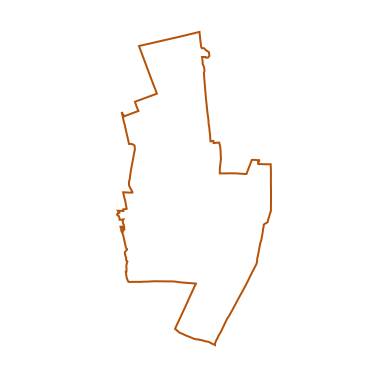 Botosesti-Paia, Dolj, Romania (orthographic projection), rotated 257°
{"feature_id": "2599482B11798370536777", "entity_name": "Botosesti-Paia", "entity_type": "district", "adm_level": 2, "iso_a3": "ROU", "parent_name": "Romania", "parent_adm1": "Dolj", "projection": "orthographic", "projection_center": [23.228, 44.408], "detail": "fine", "context": "isolated", "style": "outline", "palette": "amber", "viewbox_px": 384, "rotation_deg": 257, "n_neighbors": 0, "source": "geoboundaries", "source_scale": "gbopen_adm2", "svg_char_len": 5987}
<svg xmlns="http://www.w3.org/2000/svg" viewBox="0 0 384 384"><g transform="rotate(257 192 192)"><path d="M346.3,235.3L346.1,215.0L346.2,173.2L323.9,176.1L302.6,178.9L301.4,179.2L295.7,179.9L292.8,156.7L289.8,157.0L286.7,157.4L283.0,158.0L281.3,145.2L281.2,144.5L281.1,144.0L281.0,143.3L280.9,142.8L281.8,142.9L284.0,141.8L284.3,141.9L284.7,141.9L285.0,141.7L285.7,141.4L283.5,141.5L280.6,141.5L278.8,141.4L277.2,141.4L275.2,141.4L271.7,141.6L269.7,141.5L264.0,141.5L259.0,141.5L255.4,141.5L254.1,141.4L252.9,141.5L252.7,142.9L252.3,143.9L251.8,144.8L251.4,145.5L250.1,146.5L246.3,145.9L244.3,145.0L236.6,141.6L234.3,140.6L227.0,137.4L223.8,136.2L218.4,134.1L217.4,133.6L216.2,132.9L215.6,132.7L215.0,132.6L213.4,132.3L212.2,132.2L210.9,132.5L208.3,133.1L206.5,133.6L204.5,134.3L204.6,134.2L207.2,124.9L206.3,124.8L203.8,124.8L201.5,124.8L198.9,124.9L197.8,125.0L197.0,124.9L194.8,124.7L194.2,124.7L193.8,124.7L192.9,124.7L191.7,124.6L190.3,124.6L190.2,124.4L190.5,120.9L189.0,120.8L190.4,115.6L189.7,115.9L189.1,115.8L188.8,115.6L188.6,115.6L188.4,116.2L188.4,116.4L188.3,116.6L188.2,116.6L188.2,116.3L188.3,116.0L188.3,115.7L188.2,115.3L188.1,115.2L187.9,115.2L187.7,115.2L187.4,114.4L186.9,114.0L186.4,114.0L185.8,114.3L185.5,114.9L184.9,115.2L184.1,115.4L183.1,115.4L181.8,115.4L181.3,115.2L181.1,116.3L181.0,116.7L180.8,117.9L180.7,119.0L180.4,118.7L179.0,117.8L178.0,117.8L177.0,117.8L176.1,117.9L175.4,118.1L174.5,118.1L173.5,118.0L173.8,117.2L174.0,116.2L174.2,114.5L172.9,114.6L172.6,117.9L170.6,117.6L170.7,114.4L169.2,114.6L169.2,115.1L169.1,115.7L168.8,115.8L168.3,115.1L167.7,114.9L166.1,115.1L165.0,115.2L163.9,115.2L163.2,115.2L162.8,115.2L162.3,115.2L161.7,115.2L160.5,115.2L159.8,115.1L159.6,115.2L159.2,115.2L158.8,115.2L158.3,115.2L157.8,115.1L157.3,115.1L156.8,115.1L156.5,115.1L156.0,115.2L155.8,115.2L155.4,115.2L154.8,115.1L154.2,115.1L153.5,115.1L152.8,115.1L152.3,115.2L151.9,115.4L151.4,115.7L151.0,115.9L150.7,115.8L150.2,115.4L149.7,114.6L149.3,114.0L148.8,113.5L148.6,113.2L148.1,113.0L147.5,112.9L146.7,112.7L145.9,112.7L145.5,112.7L145.1,112.8L144.7,112.8L144.2,112.8L143.8,112.8L143.3,113.0L142.8,113.1L142.6,113.0L142.4,112.9L142.0,112.8L141.3,112.7L140.9,112.7L140.5,112.6L140.2,112.7L139.9,112.8L139.6,112.9L139.4,113.1L139.1,113.3L138.9,113.4L138.7,113.4L138.6,113.2L138.4,113.0L138.1,112.7L137.7,112.6L137.2,112.5L136.9,112.4L136.6,112.2L136.2,111.9L134.9,111.5L134.1,111.3L133.2,111.1L132.6,111.0L131.8,110.9L131.1,110.7L130.4,110.6L129.5,110.3L129.0,110.1L129.0,109.8L129.1,109.5L128.0,109.4L127.6,109.4L126.9,109.4L126.4,109.3L125.3,109.2L124.8,109.2L124.1,109.1L123.4,109.1L122.7,109.1L122.3,109.2L121.8,109.2L121.5,109.2L121.1,109.3L120.8,109.4L120.5,109.5L120.3,109.5L119.9,109.6L119.6,109.6L119.4,109.6L119.2,109.7L118.9,109.8L118.7,110.0L118.6,110.3L118.5,110.5L118.5,110.9L118.4,111.4L118.2,112.1L118.0,112.8L117.8,113.9L117.6,114.6L117.5,115.2L117.3,115.9L117.2,116.5L117.0,117.3L116.8,118.1L116.7,118.8L116.5,119.4L116.4,119.9L116.2,120.5L116.1,120.9L116.1,121.2L116.0,121.6L115.9,122.3L115.9,122.8L115.7,123.3L115.6,124.1L115.5,124.7L115.2,125.9L115.1,126.5L115.0,126.9L114.9,127.4L114.8,127.7L114.8,127.8L113.7,134.4L108.9,154.3L106.0,162.1L104.1,168.2L101.9,175.2L101.6,175.1L100.7,174.3L98.6,172.6L96.5,171.0L95.2,170.0L93.0,168.3L91.1,166.8L89.1,165.3L87.4,164.0L85.5,162.6L84.0,161.4L81.8,159.8L79.8,158.2L77.8,156.6L76.1,155.3L74.4,154.0L72.4,152.4L70.6,151.0L69.0,149.8L67.9,148.9L67.1,148.3L66.0,147.4L64.6,146.3L63.5,145.5L62.5,144.7L61.6,145.4L60.3,146.3L58.9,147.4L58.2,147.8L57.8,148.2L57.1,149.2L56.4,150.1L56.0,150.7L55.5,151.4L54.7,152.3L54.1,153.1L53.5,153.9L53.1,154.4L52.8,154.9L52.4,155.5L51.9,156.2L51.1,157.4L50.4,158.4L50.0,159.0L49.5,159.6L48.9,160.3L48.4,161.2L48.0,162.2L47.7,162.6L47.3,163.4L47.1,164.0L47.0,164.5L47.0,165.0L46.9,165.4L46.4,165.9L46.1,166.3L46.0,166.8L45.6,167.7L45.5,168.1L45.1,168.9L44.7,169.6L44.3,170.1L44.0,170.5L43.8,170.9L43.7,171.1L43.4,171.7L43.1,172.4L42.9,173.2L42.4,174.1L41.7,175.2L41.2,175.8L40.7,176.2L40.4,176.6L40.1,177.0L39.8,177.3L39.5,177.6L39.2,178.1L38.2,179.4L37.7,180.0L39.3,180.4L40.2,180.9L41.5,181.9L43.7,183.8L46.0,185.5L48.5,188.0L52.8,191.5L55.6,193.7L60.6,197.7L61.8,199.0L62.9,200.2L67.1,204.0L73.9,210.0L78.1,213.6L85.3,220.1L89.8,224.0L93.9,227.4L98.9,231.4L104.4,236.1L107.5,238.7L109.1,239.5L111.0,240.2L112.5,240.6L113.9,241.3L115.8,242.2L119.2,243.7L122.5,245.1L124.9,246.2L127.2,247.2L128.7,248.2L131.3,249.5L132.4,249.9L135.1,251.1L138.9,252.6L139.8,252.8L140.9,253.4L141.9,253.9L142.7,254.2L143.4,254.5L144.0,254.5L144.2,254.9L144.3,255.0L144.5,255.4L144.7,256.1L145.2,257.8L145.5,258.8L147.9,260.0L149.5,260.9L150.8,261.7L153.0,262.9L154.1,263.6L154.7,263.9L155.7,264.6L156.5,264.8L166.6,267.2L177.8,269.8L181.7,270.6L195.1,273.7L201.3,274.9L202.2,271.0L204.4,262.8L206.3,263.1L206.4,263.9L206.8,264.3L207.6,264.5L208.0,264.5L208.5,262.3L208.8,261.4L209.0,261.0L209.2,260.3L209.8,257.5L197.3,249.1L198.1,246.1L200.5,238.3L203.4,225.3L203.9,223.3L208.7,224.4L216.4,227.2L217.5,227.6L219.1,227.9L219.5,227.9L224.9,229.0L226.4,229.2L229.2,229.6L230.5,229.7L234.0,229.6L234.5,226.8L234.8,224.0L237.0,224.3L237.2,221.4L238.6,221.7L239.8,221.8L240.5,221.9L242.6,222.3L244.4,222.5L246.3,222.7L248.0,222.9L249.9,223.2L250.9,223.3L251.4,223.3L252.2,223.5L252.9,223.5L253.5,223.5L254.3,223.5L255.2,223.6L256.3,223.8L258.3,224.2L260.0,224.4L262.8,224.6L268.5,225.2L270.7,225.5L273.1,225.8L275.4,226.1L276.8,226.2L277.2,226.3L279.3,226.5L282.6,227.0L283.0,227.1L285.3,227.4L286.1,227.5L286.7,227.6L289.7,228.0L291.8,228.3L294.3,228.7L295.0,228.8L296.1,229.0L297.2,229.1L299.8,229.5L302.2,229.9L305.5,230.4L306.3,231.0L307.1,231.4L307.7,231.5L308.4,231.6L309.6,231.7L311.2,231.8L312.0,231.7L313.1,231.4L314.5,231.2L316.6,231.7L318.3,231.9L321.3,232.1L320.5,235.6L319.7,235.8L319.4,237.9L319.8,238.5L320.8,239.6L324.5,239.9L327.2,237.4L329.6,235.8L329.8,234.1L330.7,233.6L332.6,233.7L338.3,234.3L346.3,235.3Z" fill="none" stroke="#b45309" stroke-width="2"/></g></svg>